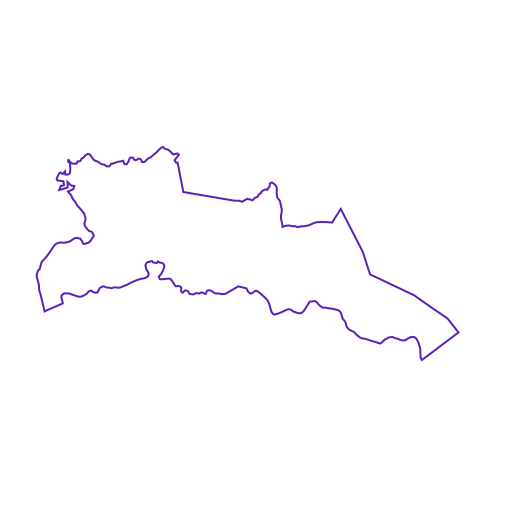 Zapotitlán de Méndez, Puebla, Mexico, rotated 10°
{"feature_id": "50627088B5409879857753", "entity_name": "Zapotitlán de Méndez", "entity_type": "district", "adm_level": 2, "iso_a3": "MEX", "parent_name": "Mexico", "parent_adm1": "Puebla", "projection": "equal_earth", "projection_center": [-97.699, 20.004], "detail": "fine", "context": "isolated", "style": "outline", "palette": "violet", "viewbox_px": 512, "rotation_deg": 10, "n_neighbors": 0, "source": "geoboundaries", "source_scale": "gbopen_adm2", "svg_char_len": 6000}
<svg xmlns="http://www.w3.org/2000/svg" viewBox="0 0 512 512"><g transform="rotate(10 256 256)"><path d="M46.3,214.1L46.4,214.9L47.2,216.1L53.4,215.8L54.6,219.5L53.1,220.5L51.6,220.8L50.7,225.2L58.6,221.3L57.5,215.8L61.7,218.7L64.9,218.6L64.5,221.9L60.5,224.6L59.6,225.1L60.0,225.6L61.3,226.7L62.5,227.4L63.3,228.4L64.4,229.6L64.9,230.7L67.4,233.3L68.7,234.1L70.7,236.8L71.8,237.8L72.7,238.5L73.6,239.0L74.7,240.1L76.7,241.6L77.9,242.8L78.6,243.2L79.1,243.7L80.1,245.6L81.0,247.0L81.6,248.8L81.6,251.9L81.3,253.7L81.9,255.4L82.7,256.4L83.2,257.1L84.9,258.6L87.5,260.5L88.3,260.5L89.2,260.4L90.4,261.1L91.3,262.0L92.4,263.5L92.6,264.8L90.7,269.1L90.4,270.0L89.2,271.4L88.4,272.2L86.8,272.9L85.5,273.8L84.7,274.1L84.2,274.1L83.4,273.6L82.3,271.9L80.1,269.5L76.5,269.2L74.3,270.0L73.5,270.6L71.9,272.2L71.3,272.9L69.6,274.3L68.7,274.8L67.8,275.1L67.1,275.5L64.7,276.3L60.7,276.7L58.5,277.7L56.9,278.9L56.1,279.7L54.6,282.6L53.1,286.2L49.8,293.1L47.6,296.6L45.9,299.0L45.2,306.6L44.1,307.9L43.6,309.8L43.3,312.4L43.9,315.2L45.7,318.7L47.2,322.1L48.5,327.5L50.7,331.7L57.4,347.3L60.2,345.3L74.0,336.2L72.2,332.0L72.0,331.7L71.5,330.6L71.4,328.6L73.5,326.1L78.7,325.4L82.5,326.1L88.2,326.9L90.8,326.4L93.4,324.7L95.9,322.5L97.4,319.8L99.7,318.7L99.9,318.7L101.9,319.8L104.2,320.1L106.2,319.4L107.6,315.0L108.9,313.6L111.1,312.3L115.1,313.0L116.8,312.6L118.8,313.0L121.8,311.5L126.9,311.0L129.0,309.9L131.6,308.1L133.5,307.1L137.7,303.8L142.7,300.5L147.5,298.1L149.9,297.4L152.0,295.9L153.0,294.8L153.6,293.0L153.1,291.7L151.9,289.8L150.2,288.0L148.7,284.6L149.3,282.0L150.0,281.0L152.1,280.3L152.5,279.7L154.6,279.1L155.4,280.0L156.1,280.3L157.6,280.1L159.3,280.2L160.0,279.6L160.4,278.9L160.4,278.5L162.5,279.2L164.6,279.1L165.6,279.5L166.0,279.8L166.7,280.4L167.3,281.5L167.5,282.6L167.4,283.8L167.1,285.8L166.8,287.2L166.3,288.4L165.6,290.6L164.1,292.6L163.5,293.9L163.9,293.4L164.3,293.9L164.6,294.7L164.9,295.1L165.2,295.3L166.2,295.5L167.0,295.4L172.7,293.7L174.5,293.3L176.0,293.6L176.7,294.3L177.8,295.2L178.4,295.9L181.8,299.5L182.3,299.7L183.0,299.7L184.7,299.0L185.3,299.0L186.4,299.2L187.3,299.5L187.7,300.0L188.1,300.6L188.1,303.2L188.9,304.3L189.4,304.8L190.2,304.8L190.5,304.6L191.2,303.3L191.8,302.4L192.7,302.1L194.9,302.4L195.6,303.0L196.3,304.0L197.0,304.7L198.1,304.9L200.5,304.8L201.3,304.5L202.6,303.7L202.9,303.3L203.4,303.0L204.0,302.9L206.5,302.9L207.5,302.1L207.8,301.7L208.3,301.5L209.5,301.3L210.5,301.5L211.2,301.9L212.0,301.9L212.5,302.2L213.0,302.1L213.3,301.6L213.5,299.8L213.9,298.7L214.4,298.3L216.0,297.9L217.5,297.9L218.2,298.1L219.1,298.6L221.5,299.6L223.0,299.9L225.3,299.4L229.0,299.5L230.9,298.9L232.6,298.5L243.8,289.0L252.2,289.5L254.3,292.4L255.0,292.8L255.7,293.4L257.3,293.9L258.3,293.5L261.4,290.4L262.1,290.1L263.4,290.4L266.3,291.8L272.1,295.4L275.1,297.7L277.2,300.7L281.0,308.4L282.8,310.1L284.8,310.4L288.5,308.5L295.6,303.6L297.4,302.7L299.7,302.8L301.1,303.4L302.2,304.1L304.7,304.6L306.9,304.9L308.5,304.9L310.0,304.6L310.9,303.9L312.0,302.7L312.9,301.2L314.8,296.7L316.2,292.9L317.2,291.4L319.1,291.0L321.8,290.1L323.9,291.0L326.5,293.2L329.6,295.0L331.7,295.2L332.9,294.8L336.1,294.9L341.4,294.7L345.1,295.0L347.5,295.5L348.7,296.5L349.7,297.6L351.4,301.1L352.2,302.6L354.4,304.5L355.7,305.9L357.4,309.7L359.4,311.5L360.0,312.0L360.8,312.4L366.1,313.9L367.1,314.9L369.0,316.3L372.2,318.0L373.7,318.6L378.1,318.7L380.1,318.8L383.1,319.4L389.8,320.1L392.6,320.6L393.6,320.6L394.1,320.3L397.5,315.7L398.4,315.4L400.1,313.7L401.1,313.1L402.4,312.6L403.1,312.5L404.8,311.9L405.5,312.4L407.5,312.8L409.6,312.8L413.8,313.8L415.4,313.6L417.0,313.2L418.4,312.5L419.5,311.2L421.3,310.0L422.8,308.8L424.6,308.4L426.6,308.5L428.5,309.9L430.8,312.8L433.0,316.8L433.8,318.7L434.3,321.4L435.6,326.7L436.2,328.1L437.4,329.7L468.7,296.1L455.5,284.3L436.1,275.5L418.5,267.2L371.5,254.3L360.5,233.5L331.3,194.9L326.3,207.1L325.3,209.8L318.5,210.5L309.9,212.1L309.3,212.5L307.3,213.4L306.3,214.2L302.5,216.7L301.4,217.0L299.6,218.0L298.2,218.3L295.6,218.9L291.9,220.3L290.4,220.1L289.7,219.8L289.2,219.8L287.1,220.3L284.9,220.3L283.6,220.2L281.1,220.7L279.9,221.1L278.9,221.6L277.0,222.7L276.6,221.1L275.5,218.2L274.2,215.0L273.9,213.8L273.6,211.7L273.7,209.8L273.4,206.1L273.3,205.6L272.5,203.7L272.1,203.2L271.6,201.4L270.4,198.7L269.9,197.5L266.8,194.7L266.3,193.5L265.5,190.7L265.3,189.6L265.2,188.3L264.9,187.3L264.8,186.1L264.1,184.1L262.5,182.7L261.1,181.7L260.3,181.5L259.0,180.9L257.7,181.4L257.1,182.1L257.3,185.5L255.7,187.8L255.7,188.9L254.0,188.8L253.3,188.9L251.6,190.3L250.6,191.2L249.9,192.6L249.9,193.3L249.3,193.7L248.1,194.9L247.3,197.3L247.0,197.7L246.3,197.9L245.6,198.5L244.9,198.9L244.3,199.6L243.7,200.7L242.8,201.9L240.3,201.3L238.9,201.3L238.6,201.4L237.5,201.2L235.4,202.8L234.5,203.8L233.7,204.2L233.2,205.0L229.7,204.5L227.1,205.0L224.5,205.3L173.3,205.6L162.6,177.6L161.3,178.1L159.3,176.3L159.6,175.1L162.4,169.6L160.5,168.7L157.0,170.4L151.3,166.6L147.4,166.2L145.6,164.7L144.1,165.6L142.3,167.8L140.1,171.1L135.8,176.3L134.3,177.7L132.5,179.0L130.9,181.4L129.8,182.8L127.4,183.2L125.9,180.8L123.8,180.5L122.8,180.9L121.9,182.0L120.7,182.6L119.4,182.3L118.0,180.6L115.6,180.7L114.6,181.7L114.2,184.1L113.6,186.0L112.7,188.2L110.6,188.3L109.6,187.2L108.7,185.3L106.1,186.4L104.7,186.8L103.5,187.3L101.0,188.7L99.8,189.2L98.8,190.0L97.2,190.4L96.9,191.6L96.5,192.4L95.8,193.1L95.4,193.5L94.4,193.3L93.4,193.7L91.2,192.6L90.4,192.4L87.7,192.4L86.8,191.9L83.3,190.4L81.6,190.2L79.6,189.6L75.5,185.6L73.9,184.6L72.8,184.6L71.8,185.3L71.4,185.8L70.2,186.9L69.6,188.3L69.0,189.1L67.3,190.5L66.9,191.8L66.6,192.7L65.9,193.4L64.5,193.6L63.9,193.8L63.7,194.6L63.7,195.5L63.3,196.0L62.8,196.3L62.2,196.1L61.4,196.7L60.6,196.8L59.9,196.7L58.7,196.7L58.0,196.6L57.3,196.0L56.4,195.9L55.7,194.8L55.2,194.1L54.8,193.9L54.4,194.2L54.4,195.1L54.6,195.6L56.9,197.3L58.1,203.2L58.3,205.1L58.1,207.2L56.4,208.6L54.1,208.9L53.3,206.4L53.2,205.9L51.5,208.7L50.3,208.5L49.1,207.7L47.8,208.7L46.3,214.1Z" fill="none" stroke="#5b21b6" stroke-width="2"/></g></svg>